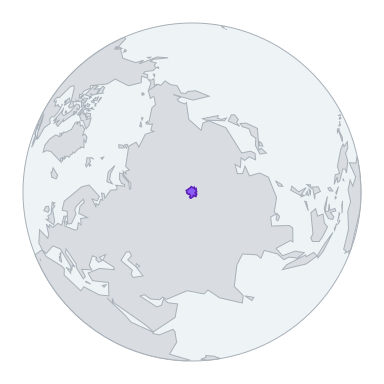 Hövsgöl on an orthographic globe, rotated 304°
{"feature_id": "MNG-3321", "entity_name": "Hövsgöl", "entity_type": "Province", "adm_level": 1, "iso_a3": "MNG", "parent_name": "Mongolia", "parent_adm1": "", "projection": "orthographic", "projection_center": [99.984, 50.195], "detail": "fine", "context": "on_globe", "style": "filled", "palette": "violet", "viewbox_px": 384, "rotation_deg": 304, "n_neighbors": 0, "source": "natural_earth", "source_scale": "10m", "svg_char_len": 13510}
<svg xmlns="http://www.w3.org/2000/svg" viewBox="0 0 384 384"><g transform="rotate(304 192 192)"><circle cx="192" cy="192" r="169" fill="#eef3f6" stroke="#a8b0b8"/><path d="M278.7,47.0L282.5,49.5L282.1,51.3L271.2,49.8L269.8,47.7L267.3,47.9L268.9,50.8L270.6,52.7L264.2,59.9L267.7,72.9L274.2,78.2L268.6,76.4L284.6,87.8L289.9,97.2L280.5,85.9L277.0,84.3L279.0,90.2L275.8,89.9L274.9,92.6L270.9,91.9L265.7,85.8L263.0,85.3L264.6,89.5L261.6,91.7L259.7,85.5L254.2,88.7L244.5,79.9L242.7,65.3L234.0,61.1L223.4,48.4L221.0,49.6L215.5,46.0L210.7,46.1L210.1,44.1L206.8,46.0L208.3,47.9L207.4,49.5L204.7,49.8L203.4,47.1L204.6,46.6L202.8,46.0L203.3,44.6L201.6,45.5L200.4,42.4L197.6,46.0L193.3,44.0L193.6,41.9L198.7,41.4L212.2,36.3L214.1,34.6L211.5,32.3L195.8,29.1L195.7,27.7L191.8,26.4L189.5,27.2L191.7,28.7L186.4,30.3L189.7,32.3L188.0,33.3L189.4,36.0L183.6,36.4L177.2,35.6L175.8,33.6L172.9,33.3L169.7,36.1L162.7,33.6L150.5,34.5L149.3,34.0L155.1,30.8L166.6,28.2L174.1,25.4L163.5,28.2L160.7,27.4L157.8,27.8L154.7,28.7L153.5,29.4L151.4,29.6L161.0,26.5L163.1,26.3L160.1,27.2L165.4,26.1L171.9,24.6L170.0,24.6L180.7,23.4L193.5,23.0L206.3,23.6L219.0,25.2L231.5,27.7L243.8,31.2L255.8,35.6L267.5,40.8L278.7,47.0ZM346.9,126.5L345.7,124.8L345.7,123.8L346.9,126.5ZM345.4,125.1L345.7,125.4L345.6,125.5L345.4,125.1ZM345.6,126.1L345.5,125.4L345.8,126.5L345.6,126.1ZM346.0,127.8L345.7,126.8L345.8,127.0L346.0,127.8ZM346.1,129.6L346.1,130.0L345.7,128.9L346.1,129.6ZM271.8,53.7L269.3,50.9L269.0,48.6L271.5,50.8L271.8,53.7ZM271.8,58.8L269.7,57.2L272.7,56.6L273.0,57.7L271.8,58.8ZM279.6,82.3L278.2,79.3L280.7,82.4L279.6,82.3ZM275.5,93.2L276.9,94.2L275.9,95.2L275.5,93.2ZM192.5,35.6L191.0,35.7L191.5,35.2L192.5,35.6ZM194.5,36.6L196.2,35.8L197.4,36.2L196.3,36.7L194.5,36.6ZM268.8,95.1L266.6,96.7L267.9,94.0L268.8,95.1ZM192.1,37.6L199.3,37.0L201.4,37.8L199.1,40.3L192.1,37.6ZM264.8,96.9L259.6,101.0L262.4,103.5L251.7,99.1L259.6,96.9L260.8,93.1L262.2,96.0L264.8,96.9ZM209.9,48.4L208.2,46.4L212.1,47.8L209.9,48.4ZM212.7,48.9L225.9,51.6L227.1,55.0L222.4,53.3L225.9,57.7L219.9,57.9L216.7,55.6L217.1,53.3L214.5,55.2L212.7,48.9ZM246.7,96.2L244.7,96.4L245.8,95.0L246.7,96.2ZM207.3,50.2L209.9,50.4L211.1,53.2L206.1,53.5L207.3,52.5L207.3,50.2ZM229.8,58.8L229.8,61.1L224.9,61.9L224.3,63.0L219.9,58.2L229.8,58.8ZM205.7,52.0L203.6,53.6L200.6,52.6L204.8,50.3L205.7,52.0ZM213.5,53.9L213.8,55.4L212.0,54.6L213.5,53.9ZM188.7,50.4L191.8,50.3L192.7,51.7L188.7,50.4ZM203.0,54.3L204.0,54.6L204.7,55.2L202.7,56.1L203.0,54.3ZM216.8,59.3L214.8,59.2L218.4,61.2L214.9,62.1L212.6,58.8L212.1,60.6L211.0,60.9L210.4,58.0L216.8,59.3ZM202.8,58.9L198.7,55.4L192.8,55.2L191.9,53.8L201.5,54.4L202.8,58.9ZM207.3,58.6L204.3,58.5L204.6,56.7L206.9,55.8L207.3,58.6ZM213.3,63.9L219.3,63.4L219.6,64.2L213.3,63.9ZM201.0,59.2L202.1,60.0L200.6,59.3L201.0,59.2ZM209.5,62.8L211.5,62.5L211.8,63.3L209.5,62.8ZM202.4,62.1L201.1,60.9L202.6,60.2L202.4,62.1ZM205.6,62.7L205.5,64.0L203.9,60.6L206.5,62.4L205.6,62.7ZM209.4,63.7L210.3,64.1L208.5,63.7L209.4,63.7ZM197.5,65.8L195.2,61.8L198.5,60.1L200.3,64.2L197.5,65.8ZM50.5,99.6L52.3,97.1L60.1,99.9L57.0,107.4L57.7,125.5L56.9,129.1L51.6,132.5L47.9,155.2L52.9,155.2L54.8,172.6L59.4,181.2L70.3,173.4L62.8,159.0L66.7,151.2L76.9,158.1L84.2,171.1L86.0,168.6L85.7,156.2L91.8,155.4L86.1,151.7L85.2,156.0L81.6,154.0L82.2,150.0L84.4,149.7L83.4,145.1L73.5,147.9L71.4,152.5L66.2,143.8L62.2,150.9L59.2,150.4L64.8,138.3L67.6,136.1L74.3,119.5L70.8,121.0L64.3,136.9L64.3,133.7L59.6,136.3L63.2,131.8L71.2,114.6L69.5,106.8L59.5,105.5L60.1,100.7L64.1,93.5L75.5,86.7L72.9,98.4L76.9,96.7L84.0,89.2L82.6,93.6L85.2,92.1L84.9,96.5L91.0,98.3L91.6,102.5L100.3,99.4L101.8,101.3L96.2,102.5L92.7,105.8L95.1,116.7L97.4,117.7L102.9,114.9L102.8,118.5L107.8,114.5L112.3,119.6L111.0,110.1L117.3,107.2L123.5,108.4L125.3,105.9L115.4,104.0L111.6,104.8L108.7,108.2L98.3,109.7L96.1,106.8L106.2,99.3L104.2,94.6L112.9,91.2L134.5,97.6L140.2,102.7L136.5,117.8L131.5,118.3L130.4,113.0L125.7,120.9L128.8,118.8L128.8,121.9L134.9,120.4L135.2,122.6L140.5,117.5L141.5,120.0L138.1,123.2L148.0,123.5L151.8,128.3L153.9,127.4L155.0,125.0L159.1,133.0L160.5,131.9L159.7,128.9L161.9,125.0L167.3,121.3L168.4,124.3L166.6,126.0L164.4,134.2L159.4,138.7L160.4,139.5L165.0,136.4L167.7,126.3L170.7,123.3L170.1,128.1L170.6,126.1L172.4,125.5L175.2,127.8L176.1,122.7L194.7,113.9L202.1,117.9L199.5,122.8L213.7,121.0L220.9,126.4L220.1,123.4L226.4,121.1L224.2,119.3L224.3,117.8L239.5,111.7L243.9,112.9L249.5,107.7L249.2,106.3L246.2,105.1L251.7,99.1L262.4,103.5L262.7,106.4L269.1,107.5L269.0,114.1L271.8,120.3L267.9,127.5L270.5,132.1L272.8,132.0L278.0,138.5L281.0,152.6L268.7,141.4L262.3,121.8L264.1,129.6L260.7,128.0L259.6,131.0L261.0,136.8L263.0,137.3L250.4,148.7L248.2,165.0L255.4,162.5L260.4,166.1L264.2,184.2L252.1,211.3L258.6,217.7L259.3,222.6L254.2,226.8L253.1,219.7L247.6,218.0L247.8,213.6L239.3,218.3L239.1,212.2L232.6,219.3L235.5,223.7L243.1,221.5L237.5,230.6L245.7,237.6L247.0,247.1L234.7,265.2L221.5,271.3L220.8,274.1L215.3,271.2L208.3,277.0L218.7,291.5L218.5,295.6L207.1,303.6L206.8,300.7L192.3,293.2L189.8,302.7L200.7,310.6L204.5,319.0L196.1,316.4L192.3,308.8L187.2,305.9L188.5,297.7L184.0,284.5L175.6,286.2L176.2,280.9L168.8,268.5L156.6,270.0L137.3,279.9L134.8,292.4L128.1,295.8L119.7,273.9L119.7,260.0L114.2,259.0L107.5,243.2L89.0,231.1L88.5,226.4L84.6,225.5L80.2,217.5L80.3,210.0L76.7,207.2L77.0,227.0L81.1,230.1L87.6,228.1L86.7,234.0L91.2,242.7L78.5,248.1L54.5,238.2L55.8,227.9L56.5,188.9L58.5,186.7L58.7,186.4L58.9,185.6L55.2,188.5L56.6,181.1L52.3,205.9L50.0,214.3L54.1,238.5L52.8,238.7L55.3,244.9L67.5,253.0L66.8,255.8L58.8,263.3L45.0,264.0L49.0,276.9L51.6,284.6L47.9,280.2L42.0,269.8L36.9,259.0L32.5,247.8L29.0,236.4L26.2,224.8L24.3,212.9L23.3,201.0L23.1,189.1L23.3,185.8L23.7,179.7L23.9,174.7L24.9,167.5L25.4,163.8L25.5,163.4L28.4,149.9L32.3,136.7L37.4,123.8L43.5,111.5L50.5,99.6ZM51.8,103.4L50.2,105.0L51.8,103.4ZM88.3,191.1L95.1,198.3L98.5,188.1L101.4,190.1L101.5,186.0L98.7,187.3L99.8,176.6L105.1,177.6L107.6,173.7L105.4,171.1L95.6,171.3L93.8,186.3L89.5,187.7L88.3,191.1ZM160.1,27.6L159.3,27.8L156.0,28.6L157.4,28.0L160.1,27.6ZM142.5,33.8L139.4,33.9L142.6,33.3L143.9,32.4L152.2,30.3L149.1,33.7L149.0,32.4L142.5,33.8ZM162.3,28.9L157.4,29.5L162.9,28.7L162.3,28.9ZM99.9,80.9L97.6,83.6L94.6,84.0L93.8,79.6L98.2,78.9L99.9,80.9ZM95.2,87.4L105.4,81.7L106.3,84.5L104.1,83.8L103.6,86.2L99.9,85.9L90.8,94.6L87.5,95.6L87.8,86.4L89.5,88.7L91.6,85.8L95.2,87.4ZM129.9,64.9L134.4,63.3L130.6,71.3L126.9,72.0L125.8,67.4L129.6,64.0L129.9,64.9ZM186.6,42.5L188.5,41.9L188.9,42.6L187.5,43.6L186.6,42.5ZM190.1,50.2L178.4,46.0L180.1,45.0L171.3,44.1L172.2,41.3L177.9,41.9L172.0,39.2L177.4,38.7L173.0,37.3L185.5,38.9L190.2,38.6L184.6,40.0L183.6,42.5L184.6,43.5L190.9,46.2L200.5,47.1L201.1,50.0L199.0,51.9L196.8,52.1L197.1,50.1L193.9,51.9L192.7,49.1L190.1,50.2ZM173.6,76.3L174.9,73.1L168.3,77.7L167.0,74.3L166.4,75.1L163.4,73.4L158.5,72.7L158.7,71.0L156.8,71.5L154.8,70.5L152.1,70.6L151.6,67.8L148.3,67.8L149.9,66.5L144.4,67.3L148.2,65.4L146.0,64.2L143.5,66.7L146.7,52.4L145.1,48.4L141.7,46.3L148.7,43.8L156.3,44.4L163.2,47.1L163.8,51.5L166.8,49.7L168.0,51.4L165.1,52.1L170.2,52.1L170.4,53.7L176.6,57.1L183.9,56.4L186.3,57.8L183.5,58.8L187.9,59.5L184.3,62.5L186.0,63.6L184.1,67.9L177.8,69.7L180.1,70.8L178.8,74.3L173.6,76.3ZM196.8,67.0L189.5,69.4L185.2,68.9L190.3,61.7L189.3,60.3L192.4,56.0L198.5,56.9L197.1,58.0L197.1,59.3L195.2,58.5L196.7,60.1L194.8,61.8L195.4,63.6L192.9,63.8L196.8,67.0ZM59.2,129.8L59.2,132.1L59.9,134.9L56.9,136.8L59.2,129.8ZM64.5,118.0L64.9,119.4L61.0,123.1L61.1,120.9L64.5,118.0ZM68.5,117.2L65.2,119.2L67.0,116.9L68.5,117.2ZM97.0,103.7L97.9,105.2L96.7,106.2L94.7,106.4L97.0,103.7ZM153.7,90.4L155.2,88.3L156.2,88.6L161.7,85.8L163.0,88.2L160.3,90.8L153.7,90.4ZM67.2,172.8L63.9,172.4L64.1,170.0L65.2,170.6L67.2,172.8ZM58.7,153.9L59.1,159.6L57.9,154.3L58.7,153.9ZM156.1,92.5L158.2,91.1L157.6,93.2L156.1,92.5ZM164.3,89.9L164.2,92.2L163.8,88.2L164.3,89.9ZM68.0,301.7L69.8,308.6L65.1,303.6L61.1,298.6L58.2,292.7L62.7,296.1L64.0,294.8L68.0,301.7ZM246.2,331.0L251.1,330.2L250.9,330.7L246.2,331.0ZM241.1,330.6L246.8,329.6L240.1,331.7L241.1,330.6ZM248.9,329.1L254.7,326.9L257.1,325.6L256.7,326.6L248.9,329.1ZM237.3,331.4L216.1,333.9L207.7,333.2L209.8,331.5L223.4,330.9L237.3,331.4ZM209.1,331.5L196.2,326.9L178.2,310.4L184.7,311.2L203.4,321.3L202.2,322.9L210.0,326.7L209.1,331.5ZM240.2,319.2L238.9,323.9L227.3,325.3L222.0,325.1L218.3,319.4L220.4,316.1L224.8,315.8L241.4,302.1L247.3,303.8L242.2,309.6L247.0,313.0L240.2,319.2ZM135.5,293.9L139.2,302.2L135.5,302.3L135.5,293.9ZM248.0,292.3L241.4,298.9L247.4,290.6L248.0,292.3ZM251.4,284.6L251.9,287.3L249.1,285.2L251.4,284.6ZM220.8,278.3L216.2,279.3L216.0,277.2L221.7,274.6L220.8,278.3ZM248.0,255.0L248.3,261.7L247.5,264.1L245.3,260.5L248.0,255.0ZM170.8,113.2L161.7,114.2L156.1,116.9L154.3,121.5L152.9,115.7L161.6,111.4L170.8,113.2ZM191.7,113.4L193.1,109.7L195.1,111.2L195.0,112.3L191.7,113.4ZM190.7,111.2L187.7,106.9L190.2,104.8L192.1,108.6L190.7,111.2ZM171.6,99.2L168.8,99.2L169.3,97.4L171.6,99.2ZM278.1,337.4L279.0,336.8L277.2,337.9L273.1,340.2L272.2,340.6L266.9,343.0L234.8,355.2L228.3,356.5L231.0,355.3L227.0,353.0L229.3,352.7L229.1,349.9L248.7,342.6L263.0,332.0L272.7,328.9L280.8,320.4L290.4,316.3L286.8,322.0L296.0,319.3L304.2,306.0L307.7,311.8L313.0,309.2L312.3,310.6L301.7,320.5L290.2,329.5L278.1,337.4ZM341.8,269.9L342.1,269.6L341.6,270.4L341.8,269.9ZM341.5,270.4L342.4,268.6L342.0,269.6L341.5,270.4ZM338.1,272.7L338.9,271.3L339.1,271.4L338.1,272.7ZM258.2,328.4L265.2,323.3L268.8,321.8L258.2,328.4ZM337.4,272.8L335.8,274.8L336.0,274.0L337.4,272.8ZM337.7,271.3L337.6,270.7L338.4,271.3L337.7,271.3ZM334.7,273.3L336.6,272.4L334.4,273.7L334.7,273.3ZM333.4,274.9L331.9,275.9L332.1,275.5L333.4,274.9ZM314.7,292.6L320.5,292.7L315.5,296.6L309.9,297.7L304.9,303.7L294.1,309.5L296.7,306.3L295.4,304.1L283.8,308.3L281.4,307.3L285.7,304.1L277.8,305.6L286.5,301.1L289.9,303.9L294.7,298.2L302.8,294.7L310.4,291.5L316.2,290.4L314.7,292.6ZM286.3,310.4L287.7,309.7L286.3,311.5L286.3,310.4ZM329.1,276.7L331.2,276.4L330.9,277.1L329.8,277.9L329.1,276.7ZM317.6,288.7L324.0,280.4L325.4,279.2L321.1,286.4L317.6,288.7ZM322.6,279.3L325.4,277.4L326.8,278.1L326.2,279.1L322.6,279.3ZM268.6,313.4L268.3,314.7L266.0,314.5L268.6,313.4ZM271.6,311.7L278.4,310.5L271.0,312.9L271.6,311.7ZM250.3,313.4L252.4,315.8L259.0,312.3L254.0,316.3L258.3,319.7L256.7,321.8L252.5,318.0L250.8,323.5L247.8,324.0L246.3,320.0L249.4,313.8L252.3,310.8L264.1,306.7L250.3,313.4ZM271.6,308.2L269.8,305.3L271.1,302.5L273.1,303.7L271.6,308.2ZM264.2,298.2L259.1,295.1L254.6,297.9L263.5,289.2L266.9,293.7L264.2,298.2ZM259.6,289.4L255.5,292.0L259.7,287.2L259.6,289.4ZM254.3,290.7L253.7,287.6L257.0,287.2L254.3,290.7ZM261.8,288.9L262.3,283.1L264.2,286.0L261.8,288.9ZM251.8,280.3L259.3,284.2L249.8,284.0L248.7,272.8L252.7,271.6L251.8,280.3ZM269.5,225.1L268.1,221.7L271.5,219.6L271.5,222.6L269.5,225.1ZM281.3,210.7L272.0,218.0L264.2,224.1L267.0,225.0L265.9,231.9L261.4,227.1L266.2,218.4L272.2,214.9L272.4,209.2L276.3,203.8L274.3,197.3L275.8,193.6L279.5,198.6L281.3,210.7ZM273.2,194.7L271.1,182.3L277.9,181.5L279.8,184.1L278.0,190.0L274.5,190.0L273.2,194.7ZM272.6,179.2L269.3,179.2L259.2,163.2L258.7,159.7L270.0,171.0L267.4,171.7L268.7,175.9L272.6,179.2ZM245.7,97.9L244.8,96.6L246.6,97.2L245.7,97.9ZM223.0,116.9L223.5,114.9L225.7,115.6L223.0,116.9ZM226.0,109.9L223.2,110.5L225.7,108.6L226.0,109.9ZM217.0,112.1L221.8,110.1L217.9,113.8L217.0,112.1Z" fill="#d9dde1" stroke="#a8b0b8" stroke-width="1"/><path d="M190.1,186.3L190.2,186.5L190.3,186.5L190.6,186.7L190.7,186.8L190.8,186.9L191.2,187.0L191.4,187.0L191.5,187.0L191.8,187.3L192.0,187.5L192.2,187.4L192.4,187.5L193.0,187.5L194.0,188.0L194.3,188.1L194.5,188.3L194.8,188.2L195.1,188.3L195.3,188.3L195.5,188.4L195.8,188.4L195.8,188.5L196.1,188.6L196.0,188.9L196.0,189.0L196.0,189.3L196.1,189.5L196.2,189.8L196.1,190.0L196.3,190.3L196.4,190.5L196.3,190.8L196.5,190.9L196.7,191.0L196.9,191.3L197.0,191.3L196.9,191.4L196.7,191.5L196.5,191.9L196.5,192.0L196.4,192.1L196.2,192.3L196.1,192.5L196.1,192.8L196.4,192.9L196.5,193.0L196.8,193.1L197.1,193.2L197.2,193.3L197.3,193.3L197.2,193.5L196.9,193.5L196.8,193.8L196.7,193.9L196.6,194.0L196.4,194.2L196.2,194.3L195.9,194.3L195.7,194.5L195.5,194.8L195.4,194.8L195.2,195.1L195.2,195.3L195.2,195.5L194.8,195.6L194.6,195.6L194.1,195.2L193.5,194.9L193.4,194.9L193.4,195.0L193.2,195.2L193.2,195.3L192.9,195.3L192.8,195.5L193.1,195.6L193.1,195.8L192.9,195.9L192.8,196.0L192.7,196.1L192.8,196.2L192.7,196.2L192.7,196.3L192.7,196.5L192.8,196.7L192.9,196.8L192.7,196.9L192.5,197.0L192.4,197.0L192.4,197.3L192.2,197.3L191.9,197.1L191.6,197.1L191.5,197.4L191.4,197.5L190.9,197.6L190.7,197.5L190.4,197.7L190.2,197.3L190.1,196.8L190.1,196.7L190.3,196.3L190.3,196.2L190.4,195.9L190.3,195.7L190.3,195.2L190.2,195.1L189.6,195.1L189.5,195.3L189.4,195.5L189.2,195.5L189.0,195.4L188.9,195.4L188.5,195.3L188.3,195.3L188.2,195.4L187.4,194.9L187.1,194.8L186.7,194.8L186.5,194.7L186.1,194.3L186.0,194.2L186.0,193.9L186.1,193.7L186.4,193.5L186.5,193.4L186.5,193.2L186.7,193.3L186.8,193.3L187.0,193.3L187.1,193.2L187.4,193.0L187.4,192.9L187.4,192.7L187.6,192.7L187.8,192.6L188.0,192.7L188.3,192.5L188.4,192.3L188.8,191.7L188.8,191.4L188.8,191.2L188.8,190.9L188.7,190.9L188.4,190.7L188.2,190.4L188.2,190.2L188.3,190.1L188.2,190.0L188.2,189.9L188.0,189.7L188.1,189.3L188.1,189.2L188.2,188.9L188.2,188.7L188.3,188.5L188.4,188.3L188.4,188.2L188.5,188.2L188.8,188.2L188.8,187.9L188.9,187.7L189.0,187.5L189.2,187.4L189.5,187.3L189.6,187.2L189.8,186.9L189.8,186.7L189.9,186.4L190.0,186.3L190.1,186.3Z" fill="#8b5cf6" stroke="#5b21b6" stroke-width="1.5"/></g></svg>